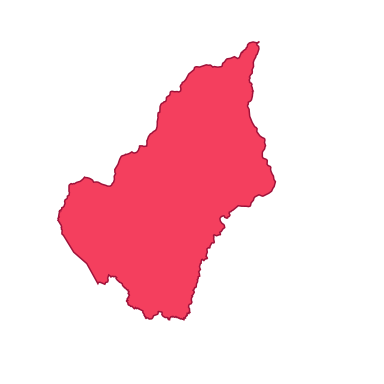 outline of Lalaua, Nampula, Mozambique, rotated 330°
{"feature_id": "85939544B71599092008043", "entity_name": "Lalaua", "entity_type": "district", "adm_level": 2, "iso_a3": "MOZ", "parent_name": "Mozambique", "parent_adm1": "Nampula", "projection": "natural_earth1", "projection_center": [37.97, -14.47], "detail": "fine", "context": "isolated", "style": "filled", "palette": "rose", "viewbox_px": 384, "rotation_deg": 330, "n_neighbors": 0, "source": "geoboundaries", "source_scale": "gbopen_adm2", "svg_char_len": 5960}
<svg xmlns="http://www.w3.org/2000/svg" viewBox="0 0 384 384"><g transform="rotate(330 192 192)"><path d="M248.2,88.2L242.9,91.5L240.2,92.4L238.3,92.3L237.4,93.3L235.6,93.9L234.5,94.9L234.3,96.2L233.8,97.4L232.6,98.8L230.6,98.8L229.4,97.6L227.1,96.5L225.0,94.7L223.6,94.5L223.1,94.7L221.9,96.3L221.0,97.0L217.9,97.1L216.9,97.6L215.9,99.3L214.8,100.2L213.8,100.3L212.9,99.9L211.9,100.3L210.1,100.2L209.0,100.5L207.1,102.0L204.1,106.7L203.6,106.9L203.1,106.5L202.4,106.5L201.8,107.1L200.3,109.3L199.9,110.5L196.8,114.0L196.7,114.5L194.5,117.9L192.4,119.9L191.2,120.4L188.9,120.4L186.4,121.0L185.0,120.9L182.0,122.3L179.5,124.5L178.6,125.0L177.1,127.8L175.7,129.5L173.1,128.5L172.0,127.2L169.8,125.9L169.4,126.0L168.9,127.2L168.1,127.6L166.4,129.1L163.9,130.0L161.4,129.4L160.5,128.4L160.0,127.2L157.0,127.3L154.3,126.8L153.1,126.1L152.3,126.4L149.5,125.7L148.3,125.9L145.8,127.5L141.8,131.0L136.4,133.9L135.1,136.3L134.9,138.0L132.5,139.4L131.1,142.3L129.0,144.3L127.0,144.9L125.8,145.9L124.0,146.0L121.7,144.6L121.0,143.5L117.7,140.0L115.7,136.7L114.5,135.7L111.7,134.3L111.8,132.0L110.8,130.0L109.8,128.6L108.2,127.0L107.0,126.3L106.4,125.4L104.1,126.3L100.6,126.9L96.8,126.0L94.4,126.1L93.7,125.5L92.3,125.3L91.5,124.3L90.8,124.3L89.2,124.6L88.6,125.1L85.8,129.9L85.7,131.0L84.0,133.2L82.0,133.3L81.0,134.9L80.3,135.3L78.3,135.3L77.0,136.4L76.4,138.3L73.8,140.5L73.0,140.7L71.4,140.5L70.7,141.6L69.6,141.8L69.0,142.5L68.8,142.1L68.1,141.9L67.8,142.4L67.3,142.5L67.1,142.9L67.0,143.6L66.4,143.9L64.5,146.2L64.3,146.6L64.4,147.0L64.1,147.0L64.1,147.4L62.8,147.7L62.7,148.9L61.7,149.4L62.0,150.6L61.8,151.4L62.1,152.0L61.9,153.3L62.1,155.0L61.6,157.1L60.9,157.5L61.0,157.9L60.3,159.1L60.5,159.5L60.3,160.4L58.8,162.5L58.4,163.4L59.0,165.3L59.5,185.0L65.1,201.4L64.7,224.3L65.7,223.6L67.2,224.1L70.4,228.3L72.0,227.2L73.9,227.7L74.8,227.0L75.4,226.2L75.9,224.4L78.4,222.2L79.0,223.4L79.3,225.1L80.1,224.9L80.9,225.2L81.7,225.8L81.9,226.4L83.1,226.6L83.5,227.0L83.9,228.3L83.4,228.3L83.0,228.8L83.2,230.7L84.3,234.1L84.9,234.8L85.7,236.6L85.2,238.1L85.4,239.7L85.7,240.1L85.7,241.3L86.4,241.8L86.6,243.7L87.0,244.4L87.5,244.6L87.1,245.7L87.4,246.1L87.5,246.9L86.0,247.8L86.0,248.7L86.5,249.1L86.2,250.1L84.8,250.7L84.3,251.8L83.6,251.6L82.6,252.0L82.0,253.1L82.1,253.5L81.4,253.2L80.9,253.5L80.7,254.0L81.0,254.7L81.1,255.9L80.5,256.9L80.7,257.4L80.5,258.0L80.9,258.6L81.4,259.0L81.7,260.4L82.9,261.0L83.7,264.3L84.0,264.4L85.3,263.8L85.6,265.2L86.6,265.2L87.2,266.4L87.7,266.3L88.0,267.4L90.0,270.4L89.2,271.8L89.4,274.3L88.9,274.8L89.1,275.7L88.9,276.3L89.4,276.9L88.8,277.8L89.0,278.5L90.0,278.4L90.9,279.2L91.4,280.6L93.7,281.7L95.2,281.2L96.8,279.9L101.1,280.7L102.2,279.9L102.9,278.7L103.2,278.7L105.8,280.8L105.7,281.8L104.6,283.1L104.8,285.1L106.0,287.3L107.7,288.2L108.2,288.7L107.9,289.2L107.8,290.6L108.2,291.0L107.9,291.0L108.5,291.3L108.6,290.7L109.2,290.2L110.7,290.1L110.9,289.7L111.3,289.5L112.6,289.9L112.7,290.4L113.4,290.3L113.8,291.2L114.6,292.0L115.8,291.8L116.1,293.1L117.0,293.4L117.2,294.4L117.9,294.7L118.4,296.1L119.5,296.3L119.8,297.2L120.7,297.8L121.1,298.6L121.5,298.3L121.5,297.6L122.0,297.5L122.1,297.1L123.0,297.7L123.0,297.4L123.8,297.2L124.5,296.5L125.3,296.7L126.2,296.4L126.3,296.1L126.1,295.9L127.2,294.7L127.5,295.1L128.0,295.1L128.4,295.6L128.9,295.0L129.1,295.4L130.0,295.3L130.0,294.7L131.5,291.7L131.4,290.1L131.8,289.8L132.0,289.0L133.4,288.0L135.5,288.3L136.9,287.3L137.1,286.0L137.8,284.6L138.6,283.5L140.2,282.7L140.0,281.8L141.4,281.4L143.8,280.0L144.1,278.9L143.8,277.6L144.8,277.5L146.5,276.1L147.2,276.5L148.2,276.3L150.0,273.7L151.7,272.7L152.6,271.6L152.8,270.5L153.9,270.2L155.0,268.5L156.6,268.7L157.6,266.2L157.9,264.5L160.6,263.2L160.7,261.9L161.2,260.3L163.5,258.2L164.4,258.2L164.9,257.1L165.7,256.2L166.3,255.9L166.5,255.4L167.3,255.5L168.0,257.3L170.1,256.6L171.5,257.2L172.2,257.0L172.4,256.0L171.9,255.0L173.9,252.6L174.5,252.4L175.2,251.7L176.3,248.9L178.4,248.4L179.2,249.2L179.6,249.2L180.7,247.8L183.5,246.1L184.5,246.3L185.4,247.0L186.2,246.6L187.3,243.4L188.6,241.7L188.6,241.1L189.1,240.3L189.8,240.2L191.4,242.2L194.1,242.6L195.1,243.1L195.6,242.7L195.8,240.9L196.3,240.7L197.5,240.9L200.2,239.5L202.5,239.2L203.3,237.0L203.2,235.9L202.3,234.2L202.0,231.6L202.7,229.2L203.2,228.7L205.1,227.9L207.5,228.4L207.9,229.1L207.7,230.3L209.1,232.1L209.8,232.3L210.7,231.6L211.9,231.8L213.1,231.2L213.5,230.4L213.4,229.1L214.3,228.1L215.9,228.5L216.7,228.1L218.4,228.2L225.2,227.0L227.9,229.1L231.9,231.5L233.8,233.0L235.3,233.3L235.8,233.1L237.7,231.0L241.1,229.8L242.6,228.3L244.1,227.7L248.6,227.9L250.8,230.7L251.6,231.1L257.9,231.5L261.3,231.1L264.0,229.2L265.8,228.4L269.4,224.8L269.2,222.1L270.5,218.9L270.4,216.5L270.8,213.3L271.4,211.6L272.6,210.0L272.5,209.0L271.1,207.1L270.9,205.5L272.9,202.4L272.9,201.5L272.3,200.4L270.6,198.4L270.5,196.8L272.2,193.7L273.2,192.4L276.4,191.0L278.0,189.2L278.8,188.8L279.5,185.4L281.1,183.5L281.5,182.4L281.3,181.7L279.8,179.5L278.8,177.2L278.3,172.0L280.0,169.8L279.8,168.3L279.0,166.9L278.9,165.9L278.9,161.9L279.8,155.3L282.8,148.9L282.8,146.0L283.6,144.5L284.7,144.1L285.6,142.4L288.0,142.5L289.6,141.9L292.3,139.1L292.9,138.1L294.4,136.3L294.6,135.2L295.5,135.2L295.5,133.9L296.4,131.6L296.5,129.8L297.8,128.7L297.7,127.3L297.1,126.7L296.8,125.5L297.3,125.0L297.5,123.6L299.3,122.3L299.2,121.1L301.4,119.8L303.5,119.2L304.7,117.5L305.0,116.3L308.0,114.2L309.9,110.4L311.8,108.7L314.7,107.0L315.8,105.7L317.3,105.3L321.5,101.6L322.5,99.3L321.8,97.4L322.1,96.1L322.7,95.8L324.2,95.8L325.6,95.3L324.0,95.5L322.7,95.2L319.9,92.6L316.2,91.6L313.9,92.2L312.3,94.0L311.2,94.2L310.1,95.1L306.8,95.4L305.5,96.3L305.1,95.8L304.3,96.0L300.7,98.9L299.8,99.3L298.3,99.2L296.4,96.0L292.2,95.5L288.9,94.2L287.5,94.5L285.3,95.6L282.9,95.9L281.0,98.0L280.1,98.1L276.8,96.8L274.0,94.5L272.5,94.2L271.7,91.8L271.1,91.0L270.1,90.8L267.9,89.0L261.0,87.6L258.6,85.8L257.4,85.4L256.4,85.5L254.8,87.1L248.2,88.2Z" fill="#f43f5e" stroke="#9f1239" stroke-width="1.5"/></g></svg>